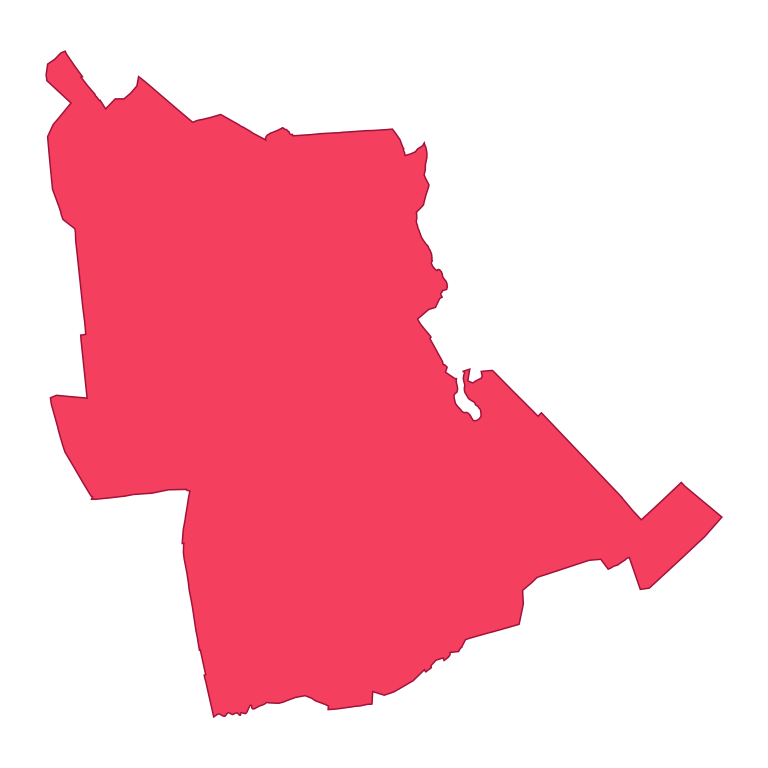 the district of Vaboles pag., Daugavpils, Latvia
{"feature_id": "27541924B48238207872325", "entity_name": "Vaboles pag.", "entity_type": "district", "adm_level": 2, "iso_a3": "LVA", "parent_name": "Latvia", "parent_adm1": "Daugavpils", "projection": "mercator", "projection_center": [26.498, 56.031], "detail": "fine", "context": "isolated", "style": "filled", "palette": "rose", "viewbox_px": 768, "rotation_deg": 0, "n_neighbors": 0, "source": "geoboundaries", "source_scale": "gbopen_adm2", "svg_char_len": 5980}
<svg xmlns="http://www.w3.org/2000/svg" viewBox="0 0 768 768"><path d="M721.9,517.1L684.7,486.1L681.3,482.4L662.3,500.4L649.7,512.1L641.3,519.8L633.0,510.9L622.0,497.8L622.1,497.6L541.4,412.8L538.0,416.2L520.2,398.3L519.9,398.1L515.0,393.2L493.2,371.1L492.2,370.4L481.2,371.4L482.1,375.9L481.9,377.2L481.3,378.1L474.9,381.4L474.3,382.1L473.1,382.7L472.3,382.8L467.8,380.8L469.8,369.1L462.5,371.5L463.1,371.5L464.0,371.8L464.6,372.4L464.1,374.2L463.6,375.8L463.4,377.6L463.4,379.5L463.7,380.6L464.0,382.1L464.6,384.1L464.8,385.6L464.8,386.4L464.4,387.1L464.3,388.9L464.4,390.2L464.6,391.3L465.1,392.8L465.6,393.6L467.1,396.0L468.0,397.8L469.3,399.2L471.8,400.8L474.2,402.1L474.7,402.7L475.1,403.4L475.2,404.0L475.3,404.5L476.0,405.2L477.8,406.3L478.1,406.6L478.6,407.6L480.1,409.3L480.6,410.2L480.7,412.2L481.1,413.4L480.9,414.7L481.2,416.3L478.7,419.3L477.0,420.3L474.1,420.9L473.2,420.4L472.2,418.7L471.3,417.6L470.9,416.4L469.7,414.7L469.0,413.9L467.8,413.0L466.5,412.4L464.5,412.6L462.8,412.1L461.6,410.9L460.4,409.3L458.6,407.5L456.5,405.0L455.8,404.0L455.3,402.9L454.2,398.0L454.0,396.6L453.9,395.8L454.4,394.6L454.8,393.9L456.9,392.2L457.5,389.9L457.6,388.6L457.5,387.8L457.1,385.6L456.6,383.6L456.3,382.2L456.3,380.9L456.4,378.6L454.9,378.6L445.5,372.2L447.1,367.4L447.1,367.1L444.7,364.8L443.3,364.7L442.5,361.5L429.9,338.6L431.0,337.2L430.4,336.1L425.8,330.7L420.4,324.0L417.6,319.0L428.8,309.4L435.5,307.4L439.6,298.7L440.2,298.2L441.2,297.6L442.1,297.3L442.1,297.1L441.9,296.6L440.7,294.4L440.9,293.5L441.2,292.8L442.3,291.7L442.4,290.7L446.7,289.4L446.9,288.0L447.3,287.2L447.3,286.4L447.1,285.2L447.1,284.0L446.7,283.1L446.4,281.9L446.0,281.2L444.1,278.9L443.0,277.4L442.7,276.7L442.3,274.4L442.0,273.3L441.4,271.9L440.1,270.3L439.8,269.9L439.0,269.5L438.4,269.5L437.7,269.7L437.6,269.8L437.5,270.4L437.3,270.5L436.4,270.3L434.9,269.0L432.9,266.7L431.5,263.7L431.4,263.2L431.6,261.9L432.2,261.0L432.3,260.4L431.7,259.3L431.7,259.0L432.0,258.4L432.0,258.2L431.6,254.3L431.2,253.1L430.0,250.1L429.0,248.7L428.0,246.1L427.3,245.3L426.8,245.0L425.9,243.9L423.4,240.4L421.5,237.4L418.8,229.9L418.0,228.2L417.4,225.3L416.7,223.6L416.3,221.5L416.8,218.0L416.6,212.4L416.3,212.2L420.1,208.6L423.5,204.9L423.4,204.8L424.2,201.8L425.5,196.6L426.3,193.9L428.5,187.3L428.9,185.5L428.9,184.8L425.6,178.4L424.1,174.9L425.3,170.0L425.4,164.7L426.0,161.9L426.9,157.5L426.9,152.9L426.4,149.8L425.7,146.8L425.2,146.0L424.8,145.1L424.3,142.9L423.7,143.8L422.7,145.6L421.7,146.4L418.2,148.5L417.3,149.3L415.3,151.9L415.2,151.8L410.7,153.9L405.2,155.5L404.7,153.7L404.6,152.8L403.7,150.9L403.4,149.9L403.8,148.8L403.0,147.6L402.1,145.3L399.9,139.5L395.5,133.2L392.4,129.1L386.5,129.6L373.3,130.5L367.4,130.6L341.4,132.4L340.3,132.6L336.0,132.9L334.1,132.9L320.0,133.7L311.4,134.6L292.9,135.8L292.7,135.0L292.4,134.5L291.9,134.9L291.6,134.6L290.0,134.0L289.5,133.5L289.2,132.0L288.4,131.3L287.6,130.8L287.2,130.2L286.1,129.5L285.8,129.6L285.2,129.4L284.5,129.0L284.1,128.6L283.3,128.1L282.8,127.8L282.5,127.7L281.7,128.3L279.8,129.2L278.6,129.9L275.7,131.2L274.6,131.4L273.5,132.1L270.5,133.1L267.0,135.4L266.0,136.9L265.5,138.2L265.4,138.7L265.4,139.1L265.6,140.0L263.6,138.8L252.4,132.9L250.9,131.7L242.9,127.0L240.7,126.1L239.0,124.8L220.7,114.5L210.4,117.5L202.1,119.5L199.1,120.0L196.6,120.7L192.7,122.3L177.2,109.2L149.1,85.1L144.6,81.3L138.6,76.6L136.9,85.9L132.3,91.3L129.7,94.1L128.5,95.0L124.0,98.9L115.2,98.9L105.6,108.9L100.1,100.2L99.3,100.5L96.5,96.7L95.5,95.9L94.9,94.2L87.5,85.6L81.0,77.2L82.5,76.7L75.3,66.9L66.8,54.5L65.1,51.1L60.7,53.1L54.7,59.3L47.6,64.1L47.3,66.7L46.1,74.8L46.9,80.7L71.0,103.0L58.5,118.3L53.2,124.5L47.6,136.7L48.1,142.4L49.5,158.2L52.5,189.2L59.0,206.7L60.5,211.2L61.3,214.8L63.0,219.5L74.9,228.8L75.4,232.3L75.7,240.9L77.1,253.4L83.0,309.0L84.6,321.3L85.3,328.6L85.7,334.4L80.7,335.1L81.1,340.7L87.1,398.1L71.3,396.7L56.5,395.3L50.4,397.8L51.3,404.1L55.0,417.3L57.9,427.9L58.5,430.7L62.7,445.2L65.0,452.1L73.5,466.4L81.6,480.3L83.2,483.1L91.1,496.1L92.5,496.9L91.4,499.3L91.6,499.4L94.3,499.1L95.1,499.3L108.5,498.0L125.1,496.1L133.3,494.5L151.9,493.2L168.4,489.8L186.4,489.4L186.3,489.8L187.4,490.5L189.9,491.0L188.5,497.7L187.5,504.5L185.3,517.7L185.3,518.7L183.2,529.9L182.2,543.5L183.9,543.2L183.6,545.2L183.4,552.7L184.2,559.1L186.8,572.4L187.4,576.4L188.3,582.1L189.2,590.1L191.1,599.7L192.5,607.6L196.0,631.0L197.2,636.7L198.3,643.6L199.4,650.2L200.3,650.0L205.7,674.8L204.2,675.1L204.8,678.3L206.0,682.3L206.7,685.8L213.7,716.9L218.0,714.0L219.4,714.0L222.8,715.8L223.7,716.2L224.6,716.3L225.1,716.1L226.0,715.0L226.8,713.9L227.7,712.9L228.0,712.7L228.8,712.8L229.8,713.2L232.3,714.5L233.0,714.4L235.6,713.1L236.3,713.0L237.2,712.9L238.3,713.8L239.4,715.1L239.9,715.2L240.4,715.2L240.6,714.9L240.7,713.4L240.9,712.8L241.4,712.6L242.1,712.7L242.9,713.1L244.6,713.5L245.2,713.6L246.2,713.1L247.0,712.0L249.6,706.2L250.1,705.4L250.5,705.2L251.1,705.2L251.3,705.5L251.6,706.0L251.7,707.6L251.9,708.1L252.3,708.6L253.0,709.0L253.7,709.0L254.5,708.7L259.3,706.1L263.7,704.5L265.1,703.7L266.7,702.5L269.7,702.9L278.6,703.3L283.0,702.2L288.2,700.1L289.6,699.6L295.3,697.5L304.9,695.7L305.7,695.9L311.8,698.3L315.4,700.8L325.1,704.4L328.4,706.0L328.1,709.6L336.4,709.0L351.8,706.9L355.8,706.2L359.8,706.0L367.6,704.3L371.3,704.2L372.0,704.0L372.7,691.6L384.3,695.2L394.1,691.8L413.3,680.6L424.4,669.7L425.5,671.8L426.1,671.8L426.2,671.6L426.4,671.4L431.3,667.7L431.0,665.9L431.1,665.5L436.0,660.2L442.9,658.0L443.2,658.0L444.1,660.5L448.6,657.0L450.1,654.6L449.9,652.5L458.6,651.5L460.3,648.4L461.7,647.3L461.6,647.2L465.5,639.6L470.8,637.9L484.5,634.0L498.2,630.3L519.1,624.3L522.4,608.6L523.4,603.2L523.1,600.1L522.6,590.4L532.0,582.4L537.0,577.5L538.2,577.0L550.0,573.2L589.1,560.3L600.8,559.3L608.2,569.2L610.7,568.1L613.7,566.2L617.8,565.0L620.1,563.2L625.6,559.6L626.5,558.5L629.3,557.5L633.4,569.4L640.3,589.4L649.0,588.2L650.2,587.3L681.6,558.3L698.3,542.6L704.6,536.8L721.9,517.1Z" fill="#f43f5e" stroke="#9f1239" stroke-width="1.5"/></svg>